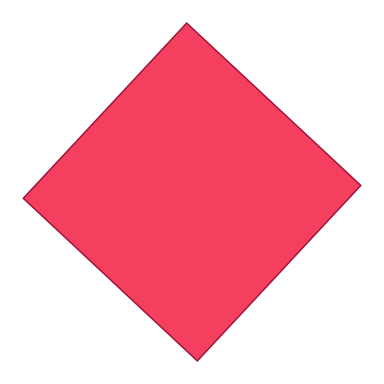 Belyuen, Northern Territory, Australia, rotated 43°
{"feature_id": "25037944B37494903355321", "entity_name": "Belyuen", "entity_type": "district", "adm_level": 2, "iso_a3": "AUS", "parent_name": "Australia", "parent_adm1": "Northern Territory", "projection": "albers", "projection_center": [130.693, -12.538], "detail": "fine", "context": "isolated", "style": "filled", "palette": "rose", "viewbox_px": 384, "rotation_deg": 43, "n_neighbors": 0, "source": "geoboundaries", "source_scale": "gbopen_adm2", "svg_char_len": 366}
<svg xmlns="http://www.w3.org/2000/svg" viewBox="0 0 384 384"><g transform="rotate(43 192 192)"><path d="M234.6,311.9L294.8,311.9L311.1,311.9L311.1,290.7L311.1,183.3L311.0,176.5L311.0,173.5L311.0,164.3L311.0,130.9L311.0,72.1L193.9,72.1L72.9,72.1L72.9,95.2L72.9,193.9L72.9,311.7L193.9,311.8L234.6,311.9Z" fill="#f43f5e" stroke="#9f1239" stroke-width="1.5"/></g></svg>